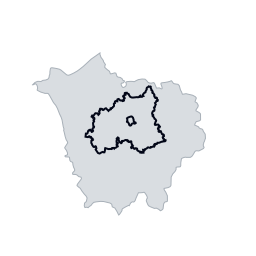 Minsk on a map of Belarus (Albers equal-area conic projection), rotated 63°
{"feature_id": "BLR-2345", "entity_name": "Minsk", "entity_type": "Region", "adm_level": 1, "iso_a3": "BLR", "parent_name": "Belarus", "parent_adm1": "", "projection": "albers", "projection_center": [27.803, 53.681], "detail": "fine", "context": "in_parent", "style": "outline", "palette": "ink", "viewbox_px": 256, "rotation_deg": 63, "n_neighbors": 0, "source": "natural_earth", "source_scale": "10m", "svg_char_len": 9389}
<svg xmlns="http://www.w3.org/2000/svg" viewBox="0 0 256 256"><g transform="rotate(63 128 128)"><path d="M201.3,175.8L197.7,175.7L193.4,176.0L191.1,177.8L188.4,177.1L186.6,178.2L182.5,183.0L181.0,185.6L179.5,189.5L178.7,192.3L179.3,194.3L180.2,196.1L180.4,198.1L180.9,199.7L179.8,200.8L179.3,202.5L177.5,202.3L175.2,200.8L174.6,198.5L172.8,197.0L171.7,196.2L169.8,196.2L166.9,197.0L163.0,197.7L160.1,197.9L158.5,198.7L156.2,199.6L155.2,198.7L153.9,196.1L152.7,193.6L152.0,192.5L151.3,192.2L150.5,192.2L149.6,193.1L149.0,193.9L146.5,194.9L145.5,195.9L144.3,198.2L143.5,198.1L142.7,197.5L141.8,194.9L140.5,194.3L138.4,194.3L135.9,193.8L133.8,193.0L133.1,193.2L131.8,194.3L130.5,194.5L127.6,193.5L127.0,193.9L125.3,196.8L124.6,197.0L124.1,196.6L124.4,194.1L122.7,193.2L119.8,193.0L117.8,193.4L116.8,193.3L116.4,192.8L113.9,188.5L112.7,188.2L110.3,188.4L106.9,187.8L103.0,186.8L100.9,186.4L99.8,185.5L97.4,185.1L90.9,183.1L88.3,182.7L84.4,182.6L78.5,182.0L74.7,182.1L72.9,182.6L70.8,182.9L63.8,183.1L61.2,183.4L60.4,184.3L59.5,186.2L56.4,189.4L53.5,191.5L52.9,191.7L51.4,190.4L50.0,189.9L48.4,189.7L47.2,190.0L46.5,190.5L46.4,193.2L46.2,193.4L45.2,190.2L45.4,187.4L46.2,185.9L47.1,184.5L46.9,182.3L47.9,179.5L48.1,177.4L47.8,176.5L47.1,175.4L45.4,174.2L44.6,173.2L42.2,171.9L39.9,170.2L39.5,169.3L39.7,168.7L40.2,167.8L42.2,165.1L44.4,162.5L45.8,161.5L52.8,158.5L53.9,157.3L54.3,155.3L54.4,151.1L54.2,147.4L53.8,144.7L52.8,139.8L49.9,129.5L48.4,118.9L49.7,119.6L52.9,120.0L55.4,119.5L56.7,119.4L57.9,119.7L61.2,119.3L62.0,120.3L63.4,121.2L66.4,120.1L69.0,118.8L71.7,119.1L72.1,118.4L72.9,114.7L73.7,113.9L76.9,114.4L78.1,113.8L79.4,112.0L81.3,110.9L82.9,111.0L84.5,109.8L85.3,110.6L85.6,112.2L85.1,113.4L85.3,113.9L86.4,114.5L88.3,114.6L89.6,114.1L89.9,113.4L89.9,112.1L89.6,110.9L88.8,109.9L87.3,109.3L86.3,109.3L86.1,108.6L86.5,107.2L87.5,104.7L88.8,102.4L89.5,101.6L89.6,100.8L89.5,99.4L89.6,96.8L90.7,93.3L92.2,90.7L94.1,89.9L96.3,89.5L97.8,88.3L98.6,86.9L99.2,84.6L100.0,84.1L105.4,84.5L106.3,82.3L106.7,81.6L107.8,81.0L108.5,80.2L108.3,79.6L106.9,79.1L103.6,78.7L103.0,78.0L103.2,77.1L104.1,74.7L105.0,71.7L105.5,69.4L105.5,68.0L106.0,67.7L108.7,67.3L109.5,66.8L111.8,63.6L113.6,63.1L118.0,64.0L120.0,63.9L122.6,64.2L122.8,63.8L123.8,60.7L128.1,55.6L130.5,53.9L131.9,53.5L132.4,53.6L134.8,56.2L135.3,56.3L136.9,55.2L139.6,55.1L140.9,56.0L142.7,59.2L143.6,59.6L146.2,57.8L147.7,57.1L148.6,57.1L153.6,59.6L154.0,60.4L154.0,61.3L153.3,64.3L154.4,66.1L155.6,67.3L158.2,65.2L159.1,64.6L160.1,64.6L161.5,63.8L162.4,62.6L163.4,62.2L165.2,62.4L168.5,62.0L172.4,63.7L172.8,64.2L174.8,66.2L175.5,67.3L176.1,67.6L177.2,68.6L178.6,69.1L179.6,68.9L180.0,69.2L180.5,70.0L180.6,71.4L180.6,75.3L179.3,77.4L179.2,78.2L179.3,79.0L180.4,80.7L182.0,83.3L182.4,84.8L182.4,85.9L180.6,89.4L180.0,90.2L179.6,91.9L179.5,93.6L179.6,94.3L183.0,96.8L185.5,98.1L186.1,98.8L186.2,99.3L185.0,102.2L184.9,103.0L186.9,104.1L188.1,105.9L189.2,108.9L191.3,111.8L198.5,115.7L199.1,116.5L199.4,117.4L199.3,119.4L198.2,123.3L199.4,123.8L202.5,123.5L206.3,123.7L211.1,126.1L211.1,127.3L210.7,128.5L211.1,129.6L211.7,130.6L215.8,133.4L216.3,134.2L216.5,135.7L216.4,136.8L215.3,137.1L214.2,137.7L212.3,139.1L211.6,141.0L208.5,143.7L206.6,145.0L205.0,145.1L201.2,144.8L199.8,143.6L199.2,142.5L197.7,142.1L195.7,142.1L193.1,142.5L192.5,142.9L192.2,144.3L191.2,146.7L190.4,148.1L194.1,152.7L195.9,154.6L196.5,155.8L196.5,156.6L195.7,157.7L196.0,159.7L197.8,162.2L197.2,162.7L197.2,166.0L197.4,169.5L197.9,170.3L198.9,170.9L199.7,172.2L201.2,175.0L201.3,175.8Z" fill="#d9dde1" stroke="#a8b0b8" stroke-width="1"/><path d="M114.2,88.6L115.7,89.0L116.6,88.7L116.9,88.9L117.3,89.4L116.8,90.4L117.3,90.9L117.7,91.6L118.0,92.6L119.7,92.6L120.1,93.3L121.6,94.6L121.6,94.8L121.5,95.4L121.5,95.5L123.4,95.9L124.3,96.5L124.6,96.8L124.3,97.7L124.3,97.9L124.7,98.4L124.8,98.8L125.4,99.4L125.7,99.8L126.7,100.1L127.2,100.1L127.6,99.6L127.9,99.6L128.2,99.8L128.3,100.4L128.4,100.6L130.6,100.0L131.7,100.2L132.7,99.6L134.1,99.5L134.6,99.9L135.2,100.9L136.0,101.5L136.2,102.0L137.1,102.5L137.4,102.5L137.6,102.4L138.6,99.6L140.1,99.1L140.3,99.1L140.6,99.8L140.9,99.7L141.4,99.1L141.6,99.3L141.9,99.8L141.6,100.6L141.6,100.8L141.7,101.2L141.9,101.5L143.1,101.8L143.6,101.4L144.5,101.5L144.8,102.1L145.0,102.3L145.6,102.1L145.8,101.6L145.8,101.4L145.4,100.9L145.6,100.3L145.7,100.2L148.6,100.5L149.1,100.3L149.5,99.6L150.2,99.2L150.4,99.3L150.1,99.6L150.2,99.8L150.3,99.8L150.5,99.9L151.4,99.5L151.6,99.6L151.8,100.3L151.9,101.2L152.0,101.3L152.6,101.3L153.3,101.5L154.3,100.9L155.6,101.2L155.8,100.9L155.9,100.1L156.3,100.2L156.5,100.5L156.6,101.3L155.7,102.4L156.0,102.9L156.0,103.2L155.5,104.2L155.3,106.7L155.2,107.3L154.5,108.5L155.3,109.5L155.2,110.0L154.5,110.8L154.4,111.6L154.7,112.2L154.9,112.2L155.5,112.0L155.6,112.4L156.1,112.6L156.2,113.2L156.4,113.4L155.8,113.9L155.8,115.8L155.4,116.1L155.3,116.3L155.7,116.8L155.7,117.3L155.0,118.2L154.5,118.7L154.3,119.2L154.3,119.5L154.6,120.1L154.7,120.6L154.7,121.8L154.8,122.1L154.6,122.5L155.2,123.1L154.7,123.8L154.9,123.9L155.4,123.7L155.5,123.8L155.4,124.2L154.8,124.6L155.4,124.8L155.7,125.0L156.3,125.0L156.6,125.3L157.0,125.4L156.9,125.7L156.5,126.2L155.7,126.6L155.5,126.8L155.6,127.0L156.2,127.2L156.1,127.4L155.7,127.7L155.5,128.2L155.4,128.3L155.2,128.2L154.8,127.8L154.5,127.9L153.6,129.0L152.2,129.8L151.6,129.8L151.2,129.5L150.6,129.3L150.2,129.5L149.5,130.3L149.4,130.7L149.7,131.4L149.4,131.9L149.2,132.0L147.4,132.3L147.4,133.3L147.6,133.9L147.5,134.1L146.7,134.1L146.5,133.9L145.9,132.8L146.1,132.2L146.0,131.9L145.5,132.2L145.0,131.8L144.7,131.8L144.2,132.0L142.6,131.7L141.6,131.2L141.4,131.2L141.1,131.7L141.3,132.5L141.2,132.9L140.9,133.1L140.1,133.4L140.6,133.6L140.6,133.8L139.8,134.1L139.5,134.5L138.4,134.4L137.9,135.0L137.5,135.8L137.5,136.9L137.5,138.1L137.4,138.4L136.9,138.9L136.8,139.2L137.0,139.5L138.1,140.0L138.5,140.8L138.4,141.1L137.2,141.4L136.9,141.9L136.7,141.9L134.6,141.8L134.2,142.0L133.5,141.2L132.9,140.9L132.4,141.0L131.8,141.4L132.3,142.9L133.6,143.3L134.4,144.2L135.2,144.4L136.0,144.8L136.4,144.0L137.2,144.1L137.5,144.6L137.7,145.4L137.9,145.9L138.6,145.8L139.2,145.4L139.7,145.4L139.8,145.6L139.6,146.1L140.0,147.4L139.8,148.8L140.1,149.6L139.3,149.7L138.9,150.6L138.6,151.3L138.7,151.5L139.3,151.9L139.2,152.4L138.6,153.2L138.2,154.4L137.8,155.1L135.6,157.4L136.0,157.8L137.9,159.0L138.9,160.0L138.6,160.4L138.7,160.6L138.6,160.8L137.8,161.5L137.7,163.0L137.9,164.5L137.8,165.0L136.6,166.1L132.5,166.6L132.4,166.5L131.8,165.4L130.0,165.0L129.7,165.1L129.4,165.4L129.4,165.6L129.6,166.1L129.6,166.8L129.1,167.3L126.8,167.6L126.2,167.4L124.7,167.5L123.5,166.9L122.8,166.3L122.7,166.1L122.8,164.8L122.7,164.6L122.3,164.7L122.0,165.3L121.5,164.4L121.4,164.4L119.9,165.5L119.7,165.0L119.2,165.0L118.9,165.2L118.6,166.1L117.8,166.3L117.7,166.9L118.0,167.6L117.8,168.1L116.5,169.8L113.9,168.1L114.4,167.2L114.4,166.9L114.3,166.5L112.6,164.9L112.3,164.3L112.6,164.0L112.7,163.7L112.2,163.1L112.4,162.5L112.5,162.3L115.0,162.1L115.1,161.7L115.1,161.2L114.7,160.4L113.5,160.3L112.7,160.1L112.0,158.9L111.9,158.6L112.1,158.3L112.0,158.1L111.4,157.6L111.2,157.6L110.8,158.0L110.6,158.1L109.7,157.7L107.7,156.9L106.6,155.1L106.4,155.1L105.8,155.3L105.3,155.2L105.2,155.0L105.1,154.4L105.0,154.1L104.0,153.5L103.2,153.7L102.9,154.7L102.1,154.7L101.4,155.3L101.2,155.2L100.6,154.2L101.2,153.6L101.3,153.4L101.0,152.3L100.2,150.9L100.1,150.6L100.1,150.2L100.5,149.8L100.8,149.0L101.1,148.6L101.7,148.4L102.7,148.4L102.8,148.4L102.7,148.0L102.4,147.3L101.8,146.5L100.3,146.3L100.0,146.2L99.8,145.9L99.8,145.4L99.4,145.1L99.3,144.6L98.6,144.6L98.3,144.3L98.2,144.1L98.8,143.0L99.2,142.5L99.5,142.3L100.4,142.3L100.7,142.0L100.7,141.1L100.3,140.1L100.4,138.7L103.9,137.6L103.6,137.0L103.4,136.4L103.6,135.0L103.5,134.6L103.3,134.5L102.6,134.5L102.6,134.0L102.9,133.4L103.0,133.0L102.4,131.8L102.3,130.9L102.1,130.6L101.3,130.1L100.1,129.7L99.9,129.3L99.9,128.3L99.1,128.1L98.5,127.6L98.4,127.3L98.5,126.1L99.1,125.9L99.4,125.4L98.1,124.7L97.7,124.4L97.7,124.2L97.8,123.4L97.9,123.1L99.9,122.4L100.2,122.0L100.7,120.9L101.5,120.7L101.7,120.2L101.8,119.3L101.7,119.1L100.6,119.0L100.4,118.7L100.2,117.7L100.0,117.4L99.1,117.3L99.0,117.8L98.8,117.9L97.5,118.0L97.2,117.5L97.1,117.1L97.2,115.8L97.3,115.1L96.6,114.8L96.3,115.4L96.1,115.4L95.5,115.1L95.4,115.0L95.4,114.8L95.6,114.0L96.1,113.0L96.9,113.0L98.0,112.0L98.3,112.0L99.4,112.1L101.4,111.8L102.6,110.7L103.2,109.6L104.6,105.9L105.2,105.2L105.3,104.1L105.0,103.4L104.8,102.5L105.0,102.5L105.8,103.0L105.9,102.7L106.0,101.7L106.5,101.6L106.6,101.4L106.4,100.7L106.5,99.8L105.7,100.0L105.0,99.7L104.9,99.5L104.8,99.1L104.1,97.6L104.1,97.3L104.2,96.7L104.1,96.2L103.4,95.8L102.1,93.8L101.4,93.6L100.7,92.9L100.6,92.6L100.6,91.5L100.3,90.7L101.1,90.0L101.2,89.8L101.1,89.5L101.2,89.2L101.5,89.0L102.7,89.6L104.1,89.6L104.8,90.0L105.2,89.9L105.6,89.5L106.7,89.5L107.0,89.6L107.4,90.2L107.6,90.3L108.0,90.2L108.7,89.6L110.5,89.4L110.8,89.5L111.2,90.1L112.1,90.2L113.7,90.0L113.8,89.8L113.6,89.1L114.2,88.6ZM125.8,125.5L126.5,125.3L127.0,124.6L126.9,123.8L126.3,123.3L126.0,122.3L126.1,121.6L126.6,120.6L127.2,120.0L127.1,118.9L126.6,118.8L125.6,119.6L124.9,119.8L124.5,119.8L123.0,119.2L121.1,118.9L120.0,119.2L119.4,119.5L119.0,120.5L118.7,122.7L118.7,123.6L118.9,124.5L119.6,124.6L121.3,125.3L121.6,125.9L122.0,126.1L122.5,125.5L124.4,125.2L125.8,125.5Z" fill="none" stroke="#020617" stroke-width="2"/></g></svg>